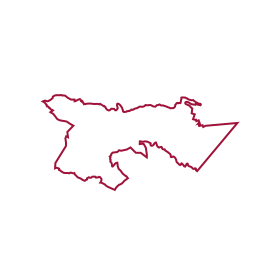 the district of Tomatlán, Veracruz, Mexico, rotated 134°
{"feature_id": "50627088B86520659550997", "entity_name": "Tomatlán", "entity_type": "district", "adm_level": 2, "iso_a3": "MEX", "parent_name": "Mexico", "parent_adm1": "Veracruz", "projection": "mercator", "projection_center": [-96.998, 19.019], "detail": "fine", "context": "isolated", "style": "outline", "palette": "rose", "viewbox_px": 256, "rotation_deg": 134, "n_neighbors": 0, "source": "geoboundaries", "source_scale": "gbopen_adm2", "svg_char_len": 5892}
<svg xmlns="http://www.w3.org/2000/svg" viewBox="0 0 256 256"><g transform="rotate(134 128 128)"><path d="M207.6,152.5L206.7,152.2L206.2,151.7L205.6,150.6L205.1,149.3L206.1,148.5L206.1,148.2L205.5,147.1L205.6,145.7L205.2,144.5L205.1,143.8L204.8,142.9L204.0,142.0L203.6,141.5L202.6,140.5L201.2,138.6L200.5,138.6L200.0,138.3L199.7,138.0L199.3,136.9L198.2,135.4L197.7,135.2L198.0,134.7L198.3,133.9L198.4,129.8L197.2,126.9L196.8,124.4L196.1,122.6L195.8,122.3L195.5,122.3L194.9,122.3L193.5,121.7L193.1,121.9L192.6,122.5L192.3,122.4L190.6,121.9L190.5,121.3L189.7,120.3L189.1,119.9L187.7,119.8L187.1,119.2L186.4,118.4L185.8,117.8L185.6,117.5L186.0,116.8L185.9,116.5L184.5,115.3L183.9,115.1L183.3,115.0L183.1,114.7L182.9,114.3L182.8,113.7L183.1,111.7L183.8,111.0L184.3,110.7L185.6,110.2L186.5,110.0L186.0,109.4L185.5,108.3L185.0,106.5L184.6,105.1L184.8,104.4L184.4,101.9L181.7,94.5L179.6,95.0L178.2,95.2L175.0,95.0L173.4,94.1L172.9,94.1L171.7,93.8L169.2,93.9L167.6,93.8L166.1,93.5L164.2,93.2L163.8,95.6L164.1,95.9L164.5,100.2L164.2,101.7L163.8,104.1L163.9,106.4L162.6,108.8L160.4,111.6L161.5,112.3L162.6,112.5L165.0,112.3L166.4,112.3L166.6,112.5L166.6,112.8L165.5,114.1L164.6,115.6L164.4,117.5L164.0,117.8L163.4,118.0L163.0,118.3L162.8,119.3L162.4,119.7L161.4,120.1L161.2,121.3L160.2,121.1L159.3,121.2L158.7,121.8L157.9,121.9L156.5,122.0L152.8,119.1L151.5,118.9L150.9,118.9L150.3,119.0L149.1,117.1L144.3,113.9L140.3,112.7L140.4,105.2L137.0,101.6L136.1,94.1L134.7,95.3L133.7,96.4L129.8,101.5L128.6,105.6L129.3,106.6L130.6,107.8L131.4,108.4L129.4,110.2L128.8,109.6L128.4,108.9L127.9,108.1L126.9,107.2L126.2,106.9L124.4,104.6L124.1,103.9L124.1,103.6L123.9,103.0L123.4,101.7L123.3,101.0L124.0,100.5L124.4,100.2L124.7,99.6L124.6,99.0L124.3,98.6L123.6,98.1L122.8,98.0L122.0,97.9L121.0,98.3L120.0,98.3L119.5,97.8L119.1,97.8L119.2,97.4L119.4,97.1L119.8,96.2L120.2,95.5L120.6,94.5L120.8,93.7L120.7,93.0L120.7,92.5L120.6,92.2L120.4,92.0L119.6,91.7L119.0,91.3L118.8,91.0L118.5,90.9L118.4,90.7L118.5,90.0L118.8,89.6L119.0,89.2L119.1,88.5L119.0,88.1L118.8,87.7L118.2,87.0L117.9,86.7L118.3,85.7L118.2,84.9L117.7,82.7L117.7,81.7L117.5,80.5L117.5,79.5L117.6,78.9L118.1,78.2L118.7,77.5L119.0,77.2L119.0,76.7L118.8,76.5L118.4,76.3L117.8,75.9L117.4,75.9L117.3,75.7L116.8,75.3L116.7,74.3L116.7,73.7L116.9,72.7L117.4,71.3L118.2,70.3L118.5,69.6L118.7,68.9L118.7,68.2L118.6,67.4L118.7,65.6L118.4,64.7L117.9,64.5L117.0,64.8L116.6,65.0L116.1,64.8L116.1,64.0L116.2,63.4L116.1,62.8L116.2,62.1L116.3,61.8L116.4,61.7L116.5,61.1L116.5,60.9L116.1,60.1L115.6,60.2L114.5,60.4L114.1,60.6L113.3,60.9L112.5,60.7L112.3,60.5L112.3,60.1L112.8,59.4L113.1,58.9L113.2,58.1L113.1,57.6L112.1,55.5L112.1,52.7L111.6,52.1L110.6,51.9L110.1,51.3L110.1,51.0L110.4,50.4L110.8,50.2L111.1,49.8L111.1,49.2L111.0,48.3L48.4,52.8L72.6,73.8L75.0,74.6L74.2,76.3L77.1,78.2L76.4,79.4L75.3,78.8L74.6,80.1L75.4,80.4L75.8,80.6L74.3,80.7L73.4,82.5L75.6,83.6L74.8,84.8L75.2,85.2L75.8,85.9L76.0,86.3L76.5,87.3L71.8,89.5L72.4,90.6L73.2,92.4L69.3,95.3L69.5,96.6L69.2,98.9L69.6,100.4L70.5,102.7L70.6,103.3L70.5,103.8L70.1,104.3L69.6,104.5L68.8,104.3L68.3,103.8L67.6,102.5L67.1,100.0L66.9,99.2L65.8,97.4L64.6,96.0L64.5,95.8L63.9,96.0L61.4,91.9L61.3,91.7L60.7,91.8L60.3,92.4L60.4,92.9L61.3,94.0L61.6,94.6L61.7,95.4L62.2,96.6L62.6,99.4L62.7,99.8L62.6,100.5L63.3,101.0L63.7,101.3L64.6,102.8L64.8,103.1L65.1,103.7L65.6,104.9L65.6,105.8L66.0,106.5L66.2,107.7L66.8,108.5L67.0,108.6L67.6,109.4L68.6,110.5L69.1,110.7L70.3,109.6L71.5,109.0L72.7,108.1L73.3,107.7L73.8,107.7L74.9,109.0L75.2,109.0L75.8,110.1L76.4,110.3L77.0,110.1L78.5,110.1L79.2,109.5L80.0,109.0L81.1,109.0L82.2,109.2L83.3,110.3L83.9,110.8L84.5,111.4L84.7,112.4L84.9,113.0L85.2,113.3L86.2,116.0L87.0,117.5L87.3,118.3L87.6,118.7L88.1,119.1L88.7,119.7L88.9,120.1L89.1,121.6L89.4,121.8L90.3,122.1L91.6,123.1L93.5,123.1L93.9,123.4L94.6,124.4L95.0,125.1L95.3,125.8L95.3,126.5L95.7,127.3L96.0,128.0L97.6,129.3L98.2,129.8L98.9,130.7L99.2,131.3L99.7,131.4L100.7,131.3L101.6,131.7L102.3,132.1L102.9,132.5L103.4,133.2L103.9,133.8L104.6,134.5L105.5,134.8L107.0,135.1L109.1,136.4L110.5,136.8L111.6,137.2L112.3,138.3L113.4,138.3L114.3,138.8L114.8,138.8L115.2,139.4L115.6,139.7L116.0,139.7L116.8,140.5L117.5,140.5L118.4,141.4L118.8,141.5L119.3,142.0L119.5,142.5L119.5,143.1L118.9,143.8L118.5,144.6L118.3,145.2L117.9,145.7L117.6,146.5L117.4,147.1L117.2,148.6L117.0,149.1L117.0,150.6L117.1,151.3L117.6,152.3L118.2,152.5L118.6,152.2L119.3,151.7L120.2,150.3L120.4,149.9L120.7,149.3L121.0,149.2L121.3,149.0L121.6,148.9L122.2,148.8L123.6,148.9L124.1,149.5L123.9,151.3L125.8,153.4L128.0,153.5L128.8,154.1L129.4,156.0L129.2,157.6L128.6,158.8L128.7,160.2L129.1,160.2L129.4,161.9L130.0,164.9L130.9,165.0L131.4,166.1L132.8,167.7L134.0,168.7L136.9,172.5L137.3,172.8L139.0,174.4L140.0,175.1L140.6,175.3L140.9,176.4L141.4,176.4L141.0,177.9L140.4,179.2L140.4,179.9L141.3,179.9L141.3,180.5L141.1,181.0L140.5,182.1L140.8,182.8L142.1,183.5L145.4,184.6L145.9,185.0L144.7,186.2L145.4,187.0L146.5,188.0L147.0,188.6L147.3,189.2L147.6,190.6L147.8,191.2L148.2,192.7L148.2,193.8L148.5,195.8L148.9,196.4L149.4,197.0L149.7,197.4L150.3,197.8L150.6,198.9L151.2,199.4L151.6,199.6L153.3,201.4L153.8,202.0L154.5,202.5L155.3,203.2L157.0,203.7L157.7,203.8L158.3,203.3L158.7,203.0L159.6,203.1L161.2,203.2L162.0,203.4L162.9,203.8L163.7,203.9L164.4,204.3L164.9,204.7L165.3,205.4L165.6,206.2L166.1,206.8L166.9,207.3L168.1,207.7L167.7,206.5L167.6,205.6L167.7,204.5L167.9,203.7L167.8,202.7L168.6,202.0L168.7,201.3L168.3,201.1L168.2,200.5L168.0,199.9L168.1,199.4L168.4,199.0L168.0,198.2L168.2,197.9L168.1,195.8L167.6,194.9L167.5,194.2L169.5,194.6L170.5,194.8L169.8,191.5L169.8,191.0L170.2,188.5L170.7,185.0L170.2,183.3L169.6,182.0L166.3,177.2L166.1,176.8L165.8,175.9L165.3,172.8L164.3,168.9L172.9,168.9L173.8,167.9L176.3,164.8L176.5,165.6L176.9,166.7L179.0,165.8L181.6,162.4L184.1,160.1L203.6,155.9L207.6,152.5Z" fill="none" stroke="#9f1239" stroke-width="2"/></g></svg>